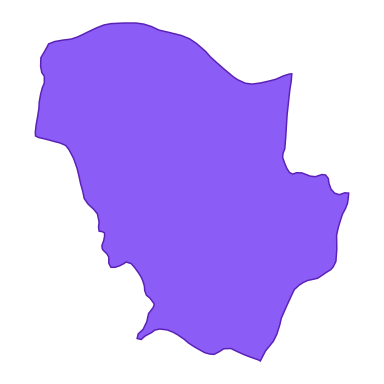 outline of Lèkoko, Haut-Ogooué, Gabon
{"feature_id": "22940354B44244492121045", "entity_name": "Lèkoko", "entity_type": "district", "adm_level": 2, "iso_a3": "GAB", "parent_name": "Gabon", "parent_adm1": "Haut-Ogooué", "projection": "mercator", "projection_center": [13.129, -2.025], "detail": "fine", "context": "isolated", "style": "filled", "palette": "violet", "viewbox_px": 384, "rotation_deg": 0, "n_neighbors": 0, "source": "geoboundaries", "source_scale": "gbopen_adm2", "svg_char_len": 2110}
<svg xmlns="http://www.w3.org/2000/svg" viewBox="0 0 384 384"><path d="M35.5,136.0L38.6,137.5L46.0,139.2L54.3,141.5L60.1,143.0L65.6,145.4L68.9,149.5L73.6,158.4L77.1,168.4L79.0,176.3L80.6,183.7L82.8,191.6L84.2,198.5L87.9,203.9L94.0,209.6L97.4,213.9L99.1,222.1L98.5,227.2L99.2,231.3L101.6,231.5L104.4,232.7L104.6,236.0L103.8,240.2L101.9,245.7L102.3,248.8L103.4,250.5L106.8,253.7L108.7,256.9L108.8,260.1L108.8,263.3L110.9,267.3L115.2,267.3L119.6,265.8L123.7,263.7L126.1,262.0L131.2,263.6L134.4,267.2L138.2,272.4L141.0,276.8L143.0,281.3L144.4,286.2L144.7,290.6L146.4,295.2L150.0,298.2L154.3,304.0L153.2,307.5L148.6,313.5L146.8,321.6L143.2,329.2L138.2,333.9L137.1,338.5L141.2,339.5L145.1,336.0L151.7,332.5L154.6,330.2L159.6,329.0L167.1,329.9L173.1,332.2L177.7,334.8L184.2,339.3L188.9,343.3L194.8,347.1L204.6,352.6L209.5,354.0L214.1,354.4L219.4,351.6L223.7,348.8L230.9,348.5L235.4,350.7L243.7,354.5L250.9,357.3L258.7,360.0L260.3,361.0L265.4,351.1L273.4,341.2L276.8,334.3L279.7,325.2L281.3,318.2L286.4,306.6L291.4,295.6L294.3,289.6L299.2,285.1L303.4,282.4L307.9,280.4L312.2,279.5L317.5,278.3L321.8,275.5L326.0,272.6L330.8,269.6L333.2,266.9L335.9,261.4L336.8,249.3L336.6,235.2L338.3,227.5L340.2,221.1L342.4,214.3L345.5,208.5L347.5,203.4L348.2,198.5L348.7,193.1L344.8,192.8L339.3,194.7L334.5,193.1L331.0,189.1L329.0,183.5L328.3,178.5L325.6,175.0L322.0,174.5L315.3,176.7L310.1,176.1L306.1,174.5L301.9,172.9L296.5,172.7L292.7,174.1L289.5,172.5L286.9,168.5L284.6,163.1L282.6,157.3L283.1,153.2L284.8,148.7L285.7,137.6L287.1,114.9L289.8,90.1L291.3,80.5L291.8,73.8L288.7,74.2L283.7,75.8L275.7,79.3L269.6,80.9L260.7,82.9L252.0,84.1L245.3,83.2L237.8,79.8L233.4,76.9L223.5,68.6L215.9,61.9L210.3,56.8L205.6,51.4L196.5,43.5L189.5,38.8L181.5,35.5L170.7,32.8L159.0,30.1L151.4,26.5L143.8,24.1L136.0,23.0L124.1,23.0L111.2,23.6L103.8,25.0L96.4,27.9L87.6,32.1L83.0,34.4L77.4,37.0L71.1,39.1L63.5,40.0L54.8,41.5L48.6,43.9L47.4,46.3L44.3,51.9L40.9,57.6L40.6,66.4L41.8,72.6L44.3,76.2L44.3,83.0L42.3,87.8L40.6,94.3L39.2,102.2L38.9,108.4L37.8,115.5L36.1,125.1L35.3,132.4L35.5,136.0Z" fill="#8b5cf6" stroke="#5b21b6" stroke-width="1.5"/></svg>